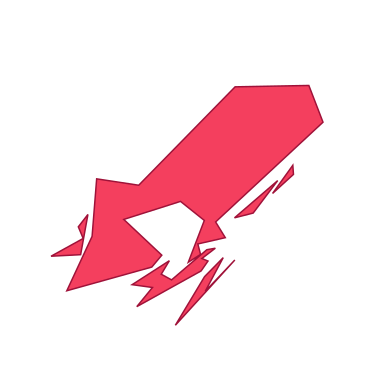 outline of Canada, rotated 133°
{"feature_id": "CAN", "entity_name": "Canada", "entity_type": "country or territory", "adm_level": 0, "iso_a3": "CAN", "parent_name": "North America", "parent_adm1": "", "projection": "equal_earth", "projection_center": [-89.555, 62.395], "detail": "coarse", "context": "isolated", "style": "filled", "palette": "rose", "viewbox_px": 384, "rotation_deg": 133, "n_neighbors": 0, "source": "natural_earth", "source_scale": "50m", "svg_char_len": 772}
<svg xmlns="http://www.w3.org/2000/svg" viewBox="0 0 384 384"><g transform="rotate(133 192 192)"><path d="M85.7,232.2L34.4,179.2L51.6,143.8L197.8,154.3L202.7,136.5L226.0,152.3L231.8,143.2L245.9,146.8L204.4,163.6L206.7,194.0L258.6,223.2L258.8,171.0L274.3,170.2L349.6,216.2L292.6,234.8L247.4,270.7L223.4,235.6L85.7,232.2ZM217.2,136.6L233.9,139.4L231.6,133.2L243.5,131.5L313.5,154.2L288.8,155.8L300.6,172.6L257.7,161.7L273.1,158.4L270.2,147.0L224.1,141.8L217.2,136.6ZM212.5,114.3L300.8,113.3L245.3,125.1L218.7,124.4L255.6,114.6L212.5,114.3ZM125.2,137.1L165.7,132.9L181.9,143.3L125.2,137.1ZM335.1,251.3L300.2,239.9L295.0,251.4L279.4,252.8L313.8,230.7L335.1,251.3ZM109.9,129.8L138.1,132.1L103.7,136.5L109.9,129.8Z" fill="#f43f5e" stroke="#9f1239" stroke-width="1.5"/></g></svg>